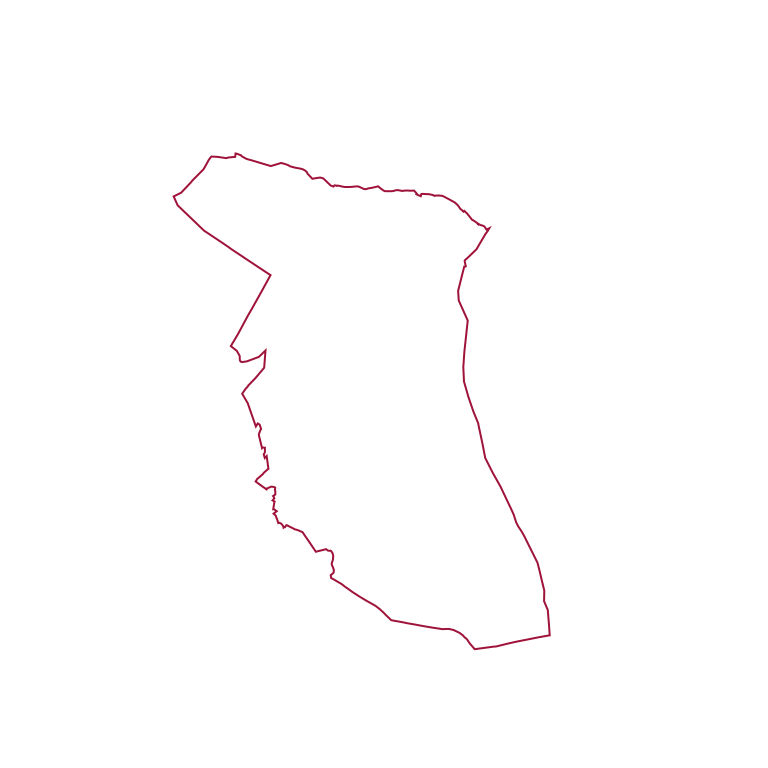 San Miguel Tlacamama, Oaxaca, Mexico, rotated 35°
{"feature_id": "50627088B65842169677183", "entity_name": "San Miguel Tlacamama", "entity_type": "district", "adm_level": 2, "iso_a3": "MEX", "parent_name": "Mexico", "parent_adm1": "Oaxaca", "projection": "natural_earth1", "projection_center": [-98.117, 16.445], "detail": "fine", "context": "isolated", "style": "outline", "palette": "rose", "viewbox_px": 768, "rotation_deg": 35, "n_neighbors": 0, "source": "geoboundaries", "source_scale": "gbopen_adm2", "svg_char_len": 4065}
<svg xmlns="http://www.w3.org/2000/svg" viewBox="0 0 768 768"><g transform="rotate(35 384 384)"><path d="M131.8,283.3L128.2,286.4L126.4,287.9L125.3,289.4L124.4,289.9L117.4,293.4L112.1,296.7L111.9,300.9L112.7,307.8L113.0,311.6L110.3,327.5L110.2,329.6L108.1,343.7L104.1,351.0L112.5,356.0L148.6,361.6L156.5,361.4L177.4,361.0L181.8,361.1L198.9,360.7L222.7,360.1L228.6,359.9L230.6,378.2L232.7,398.8L233.3,406.1L235.7,426.3L236.8,440.8L244.6,441.3L249.7,443.8L252.2,447.1L253.0,447.6L254.2,447.8L255.2,447.4L258.2,444.6L258.7,444.1L266.0,433.5L267.7,424.5L276.5,439.4L275.3,453.0L273.7,462.9L273.8,464.5L273.4,467.2L273.4,473.3L283.4,477.9L303.4,492.3L303.2,488.7L305.4,488.6L309.1,491.3L309.3,493.1L310.3,496.9L311.2,498.0L320.9,506.5L321.0,505.6L323.0,504.5L325.5,508.1L325.8,509.3L325.8,510.6L328.8,513.0L329.2,510.3L338.0,519.8L337.6,520.9L336.5,525.5L336.4,527.5L334.6,534.5L334.8,537.5L344.2,537.7L346.7,537.6L347.1,537.8L348.3,537.7L348.1,536.7L350.4,532.9L350.7,532.6L351.7,532.1L352.9,531.5L354.3,531.3L354.8,532.0L355.0,532.7L355.3,533.3L356.1,533.8L356.5,534.2L358.3,536.8L358.3,537.0L357.4,539.4L358.7,539.9L359.7,540.5L359.5,543.3L361.8,543.0L362.1,544.0L365.1,550.1L365.5,549.7L369.1,549.7L367.9,553.5L370.7,553.9L374.8,556.7L377.1,558.5L377.3,557.9L379.8,557.3L383.0,558.2L384.0,559.2L384.1,558.6L385.0,558.2L385.0,555.6L385.5,555.4L394.6,554.1L396.9,553.2L402.3,552.1L404.6,553.0L414.5,556.7L424.4,560.5L431.3,552.5L433.7,552.6L434.9,552.0L435.8,551.2L436.4,551.1L438.9,552.1L441.2,554.2L443.0,557.4L444.1,561.1L445.4,562.3L447.7,563.7L449.7,565.2L450.8,567.2L450.8,568.4L450.0,571.2L452.0,573.2L463.7,572.2L464.5,572.2L468.0,572.4L471.5,572.4L472.1,572.4L472.4,572.4L477.2,572.5L485.8,572.2L494.1,571.6L504.4,570.6L510.3,570.9L510.7,571.0L516.0,571.7L516.3,571.9L524.6,573.2L525.5,573.3L529.4,571.5L535.4,568.7L540.5,566.5L545.6,564.1L546.4,563.7L553.0,560.7L555.6,559.5L562.8,556.1L570.2,552.4L572.3,551.4L573.8,550.3L576.7,548.1L577.7,547.4L582.3,545.5L582.7,545.4L582.8,545.5L588.7,544.5L593.0,544.7L595.4,545.3L598.0,545.4L603.3,547.4L610.4,549.2L624.4,536.3L626.4,534.7L633.9,526.1L640.0,519.4L656.8,501.9L663.9,494.8L657.0,486.3L647.8,475.2L639.7,470.1L633.8,461.3L627.3,455.6L617.2,446.6L612.3,442.4L586.0,428.1L581.4,425.9L575.5,423.6L571.9,421.7L565.0,416.5L559.2,413.1L550.2,408.0L538.6,401.4L523.9,394.3L509.3,386.5L499.4,376.9L484.8,363.3L483.9,362.3L472.9,355.2L460.7,346.3L455.9,342.4L448.1,336.1L439.3,324.7L431.4,311.6L416.2,284.0L397.3,272.7L391.3,265.2L382.4,241.9L382.8,241.7L383.5,240.7L379.8,237.3L379.7,237.2L379.4,236.7L379.3,236.2L379.9,233.7L382.5,220.5L382.0,215.1L381.1,203.2L381.0,202.9L381.2,199.8L380.9,196.0L379.4,198.7L376.0,197.4L375.8,197.4L374.1,197.6L372.1,198.4L370.2,198.6L370.0,199.1L369.7,198.9L369.4,199.0L369.2,199.1L369.0,198.7L363.7,198.7L362.1,199.0L356.4,197.3L355.3,197.0L354.1,196.6L352.6,196.5L351.4,196.2L350.5,196.1L350.2,197.3L348.3,196.9L346.7,196.8L345.6,196.6L343.9,195.9L342.3,195.4L340.6,195.0L337.7,194.7L325.6,196.1L324.4,196.3L323.7,196.5L322.6,197.1L321.9,197.6L320.8,198.1L320.3,198.4L319.9,198.8L318.9,199.6L318.0,200.2L317.4,201.0L316.2,201.0L314.3,201.7L312.4,202.5L306.3,206.3L305.6,207.0L306.2,208.6L306.4,209.1L304.5,209.5L301.7,210.0L301.6,209.2L297.7,208.3L294.7,210.6L292.5,211.9L290.9,213.0L289.4,214.3L288.2,215.4L284.0,217.3L283.0,218.2L282.0,219.1L281.1,220.4L279.8,221.6L278.5,222.5L277.4,223.3L276.0,224.3L274.1,225.5L272.8,225.8L271.7,225.8L268.5,225.7L266.8,225.5L265.9,225.4L261.5,230.3L259.1,232.6L257.3,234.9L255.7,235.8L252.6,236.3L249.7,236.9L247.7,238.2L246.7,239.1L244.2,241.3L239.1,245.0L235.9,246.5L234.8,246.9L232.3,248.0L231.8,248.8L230.9,248.9L229.5,249.7L229.4,251.2L226.6,252.0L216.3,250.4L213.3,251.5L211.1,253.5L207.6,257.0L200.9,255.6L198.9,254.6L197.1,254.4L194.3,254.7L192.7,255.2L186.8,257.9L182.0,259.6L180.7,259.6L178.0,260.2L176.0,260.8L172.9,262.0L166.3,270.4L147.0,276.8L143.4,278.1L141.5,278.6L140.1,278.7L138.6,278.9L136.8,279.0L135.5,278.7L133.8,279.2L132.0,279.6L130.2,280.3L131.8,283.3Z" fill="none" stroke="#9f1239" stroke-width="2"/></g></svg>